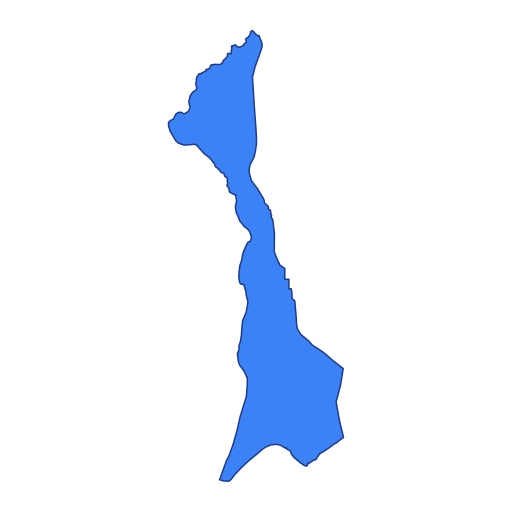 Seruyan, Kalimantan Tengah, Indonesia (Equal Earth projection)
{"feature_id": "22746128B10156150641021", "entity_name": "Seruyan", "entity_type": "district", "adm_level": 2, "iso_a3": "IDN", "parent_name": "Indonesia", "parent_adm1": "Kalimantan Tengah", "projection": "equal_earth", "projection_center": [112.304, -2.121], "detail": "fine", "context": "isolated", "style": "filled", "palette": "blue", "viewbox_px": 512, "rotation_deg": 0, "n_neighbors": 0, "source": "geoboundaries", "source_scale": "gbopen_adm2", "svg_char_len": 5775}
<svg xmlns="http://www.w3.org/2000/svg" viewBox="0 0 512 512"><path d="M258.7,35.7L258.1,35.9L257.8,35.7L257.0,35.0L255.8,34.2L255.2,33.5L254.7,33.2L253.6,31.4L252.8,31.0L251.9,30.7L251.6,30.9L250.9,31.4L250.7,31.9L250.6,32.5L250.4,32.8L250.0,34.7L249.7,35.1L249.4,35.6L248.7,36.4L248.1,37.3L247.3,37.8L246.3,38.3L245.9,38.8L245.8,39.3L245.7,40.0L246.1,40.5L246.2,41.0L246.3,41.7L246.2,42.3L245.9,42.6L245.6,42.9L244.9,43.3L244.6,43.4L244.1,43.8L243.9,44.3L243.7,45.1L243.4,45.4L243.0,45.5L242.7,45.9L242.4,46.1L241.3,46.4L240.9,46.7L240.2,47.0L239.6,46.9L238.4,47.1L237.3,46.8L236.3,45.5L235.8,45.1L235.5,45.0L234.6,44.9L233.3,45.8L232.1,45.7L231.7,46.0L231.5,46.4L231.6,47.0L231.8,47.5L231.8,48.0L231.7,49.5L231.4,49.8L231.2,50.4L231.3,50.9L231.3,53.0L231.2,53.5L230.9,53.8L230.3,53.8L229.8,53.6L229.6,53.4L229.1,53.3L228.6,53.3L227.8,53.5L227.5,54.0L227.4,54.7L227.4,55.8L227.3,56.4L226.6,57.3L226.4,57.7L225.6,58.5L224.8,59.0L224.2,59.7L223.5,60.3L223.2,60.8L223.0,61.7L222.5,62.7L222.1,62.9L221.1,63.8L220.3,64.6L219.9,64.7L219.0,64.4L217.9,64.4L217.1,64.5L216.8,64.5L215.0,64.3L214.6,64.3L214.2,64.5L213.7,64.6L213.2,64.6L212.5,64.8L211.5,64.8L210.7,65.4L210.3,66.1L210.2,66.7L210.1,67.3L210.0,67.9L209.7,68.2L208.0,69.0L207.4,69.4L206.2,69.5L205.9,69.8L206.1,70.0L206.1,70.6L206.0,70.9L205.7,71.2L204.4,71.7L203.4,72.2L202.7,72.4L202.3,72.5L201.9,72.8L201.6,73.2L200.9,73.5L200.5,73.8L200.0,74.0L199.3,73.8L199.0,73.9L198.6,74.2L198.3,74.6L198.2,75.5L197.3,76.3L197.0,76.8L196.7,77.9L196.4,78.5L196.4,80.5L195.8,83.4L195.8,84.3L196.0,85.3L196.4,86.3L196.7,87.3L196.7,88.9L196.1,89.9L194.7,90.9L193.3,91.6L191.4,93.9L190.9,94.9L190.1,96.0L189.7,98.2L189.4,99.1L188.8,101.7L189.5,105.0L189.9,105.9L190.1,107.4L189.9,108.2L189.6,108.6L188.9,110.5L188.5,110.9L188.0,111.7L186.7,112.4L185.0,113.5L184.1,113.8L182.7,113.3L181.5,112.3L178.7,112.4L177.7,112.8L175.8,114.1L174.9,116.0L174.3,117.3L173.6,118.8L172.9,119.3L170.5,120.5L169.1,121.6L168.5,123.0L168.5,125.7L168.8,127.1L169.0,127.8L169.5,128.8L169.9,130.0L169.7,130.4L175.9,140.9L178.5,143.2L184.2,145.1L190.0,144.7L194.7,144.2L196.6,145.2L199.5,148.4L204.0,153.5L209.8,158.0L214.5,163.8L215.2,166.4L217.0,167.8L218.3,169.0L221.6,172.8L223.6,173.0L224.2,174.5L224.7,176.3L226.6,177.3L227.2,178.7L227.4,179.4L227.2,181.7L227.7,182.8L227.6,183.8L226.9,185.5L229.0,188.5L229.3,191.2L229.8,192.2L234.7,194.8L235.6,194.8L236.0,196.9L236.3,199.5L236.5,201.7L235.7,204.8L235.4,206.7L235.6,208.8L236.0,211.2L236.5,213.2L237.1,214.6L237.8,215.8L239.8,220.9L244.6,226.9L247.6,229.1L249.5,231.4L251.5,237.2L250.4,241.4L250.1,241.3L248.2,241.9L246.2,245.5L243.3,252.1L242.0,257.5L241.9,259.2L241.2,261.7L240.7,263.1L239.9,265.5L239.7,266.6L239.6,267.4L239.4,269.2L239.1,271.9L238.9,274.9L238.9,277.4L239.2,280.0L239.8,282.8L241.0,284.1L243.8,284.6L246.1,292.4L246.1,294.8L247.9,301.7L247.4,305.6L246.1,312.4L242.6,320.7L241.8,329.1L241.4,335.3L240.5,341.1L238.9,346.1L239.1,349.1L237.4,353.7L238.3,361.4L239.6,365.1L244.1,371.2L247.1,377.8L247.3,377.7L247.3,384.2L246.4,396.4L240.3,416.1L237.2,429.9L233.0,444.7L229.0,455.8L226.7,460.0L219.6,479.7L220.7,480.0L222.2,480.6L222.4,480.5L223.1,480.7L223.6,480.9L225.0,481.0L225.6,481.0L226.0,481.1L226.6,481.0L227.1,481.0L227.8,481.3L228.0,481.3L229.0,481.0L229.9,480.4L230.5,480.0L231.7,478.7L233.5,476.3L235.8,473.4L236.2,473.1L236.8,472.5L239.8,469.3L240.0,469.0L240.4,468.7L242.3,466.7L245.7,463.5L250.4,459.4L250.5,459.1L250.9,459.0L252.8,457.4L256.2,454.7L256.7,454.1L257.8,453.4L258.6,452.6L259.1,452.2L260.4,451.0L262.7,449.1L264.9,447.6L266.8,446.6L270.3,445.1L271.0,444.9L272.1,444.7L272.9,444.7L274.4,444.5L277.2,444.4L279.2,445.0L280.5,445.2L282.2,446.1L282.8,446.5L283.0,446.7L283.0,446.8L284.2,447.5L285.3,448.0L285.5,448.0L285.6,447.8L285.6,448.1L285.8,448.3L285.9,448.2L285.9,448.3L286.6,448.7L286.9,448.9L287.0,448.9L287.1,449.0L287.1,448.9L288.0,449.5L290.3,451.1L291.0,452.4L291.1,453.0L291.2,453.5L291.3,453.8L291.5,454.0L291.6,454.5L292.3,455.2L292.3,455.3L292.5,455.4L292.5,455.6L292.6,455.8L292.8,455.9L292.9,456.2L293.3,456.6L293.9,457.0L294.3,457.7L294.9,458.3L295.4,458.6L295.6,458.8L295.8,458.9L296.0,459.1L296.8,459.7L296.9,459.9L297.3,460.3L299.2,461.7L299.7,462.3L300.7,463.1L301.2,463.3L302.0,463.9L302.8,464.3L303.0,464.6L303.7,465.1L305.1,465.8L307.0,466.0L307.1,465.9L307.2,465.5L307.1,465.2L307.2,464.3L307.6,463.4L308.1,463.3L308.1,463.7L308.2,463.8L308.4,463.8L309.7,462.7L310.7,462.2L312.3,461.0L312.8,460.7L313.4,460.5L314.2,460.0L315.7,459.6L316.3,459.1L316.5,458.6L317.4,457.0L318.6,455.3L319.3,454.5L319.8,454.0L319.9,453.7L320.0,453.8L320.1,453.7L320.5,453.2L321.3,452.6L321.5,452.5L322.1,452.4L324.4,450.9L324.5,450.9L326.7,449.4L327.6,448.9L334.0,444.1L336.7,442.7L336.9,442.4L338.2,441.4L338.3,441.3L338.5,441.1L341.1,439.1L342.4,438.3L343.5,437.2L339.7,421.5L338.8,417.0L336.1,402.0L336.3,400.9L337.4,397.2L340.5,385.3L343.2,368.5L332.8,360.5L327.0,355.4L321.7,351.2L312.3,345.1L308.8,341.1L300.9,334.5L297.4,329.0L296.6,324.5L296.1,316.0L294.8,301.0L294.0,300.0L292.0,298.8L292.0,293.5L291.3,288.9L288.9,288.9L288.9,279.3L284.8,279.3L284.8,268.2L282.7,267.5L282.4,266.7L282.1,266.7L281.1,265.7L280.2,265.8L280.1,265.7L280.1,265.3L279.3,264.0L279.3,263.3L278.7,263.3L278.6,262.7L274.3,252.1L274.4,235.9L274.4,232.9L273.3,223.8L272.8,220.3L272.5,218.9L271.6,218.1L271.1,216.9L271.6,215.8L271.5,215.1L270.7,214.1L270.9,213.4L270.4,210.3L270.0,209.8L269.0,209.5L268.3,208.6L268.4,207.1L268.1,206.3L266.1,204.4L264.6,203.1L264.2,200.6L263.5,198.7L257.5,188.7L251.4,180.6L249.4,173.4L249.2,168.9L250.1,164.7L254.1,157.0L255.6,150.2L255.7,148.7L256.5,143.9L256.4,136.5L255.9,128.2L254.2,105.0L252.5,77.1L255.1,66.7L260.8,50.8L262.1,46.4L262.0,43.2L260.7,40.1L259.1,35.7L258.7,35.7Z" fill="#3b82f6" stroke="#1e3a8a" stroke-width="1.5"/></svg>